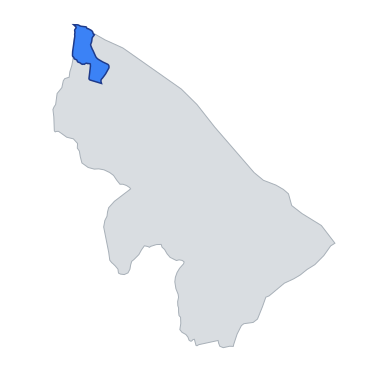 Maryland on a map of Liberia (Mercator projection), rotated 187°
{"feature_id": "LBR-781", "entity_name": "Maryland", "entity_type": "County", "adm_level": 1, "iso_a3": "LBR", "parent_name": "Liberia", "parent_adm1": "", "projection": "mercator", "projection_center": [-7.792, 4.73], "detail": "fine", "context": "in_parent", "style": "filled", "palette": "blue", "viewbox_px": 384, "rotation_deg": 187, "n_neighbors": 0, "source": "natural_earth", "source_scale": "10m", "svg_char_len": 3375}
<svg xmlns="http://www.w3.org/2000/svg" viewBox="0 0 384 384"><g transform="rotate(187 192 192)"><path d="M43.9,158.6L47.8,155.4L53.4,145.0L61.2,134.9L68.5,129.0L74.4,122.9L80.5,118.2L89.3,112.7L102.8,98.3L105.9,96.6L108.1,86.7L111.5,73.9L115.4,70.0L124.5,67.6L126.7,65.4L129.9,56.5L132.0,46.0L132.2,43.8L135.8,43.5L142.0,41.3L145.6,42.3L147.2,45.3L148.0,47.8L166.7,41.3L168.3,40.0L169.3,40.2L171.7,46.1L173.0,45.7L174.2,44.0L175.4,43.8L176.9,44.6L178.3,47.4L180.7,49.8L184.8,51.5L187.3,53.9L187.1,60.2L188.1,66.3L189.8,67.7L190.7,71.3L191.2,75.3L192.2,77.4L192.9,81.5L192.5,85.8L193.3,88.8L196.2,94.1L198.1,100.7L198.1,105.4L197.0,110.3L195.0,114.8L191.6,119.7L191.3,121.6L193.3,122.9L196.5,123.1L199.1,122.1L205.7,124.4L209.2,127.6L212.2,131.6L215.0,133.6L216.2,136.2L220.9,135.5L226.4,133.0L227.5,131.9L229.1,132.5L232.7,132.8L235.1,128.4L237.1,123.4L241.4,117.9L243.4,115.8L244.0,112.3L244.2,107.8L245.7,103.9L249.2,101.8L253.0,101.8L255.1,102.6L256.1,106.4L259.2,109.3L261.7,111.2L263.1,112.1L265.3,114.3L267.3,121.9L275.4,146.5L275.0,153.2L273.4,157.6L273.4,162.0L272.8,166.3L267.9,173.3L253.3,187.6L254.4,188.8L257.9,190.5L261.5,191.3L264.4,190.9L268.0,194.4L271.9,198.9L276.1,201.3L282.1,203.3L287.4,203.6L291.8,202.8L298.1,203.7L304.8,207.4L307.2,213.5L308.8,218.9L311.2,221.6L311.5,226.2L316.2,230.3L323.0,231.1L331.8,235.9L334.1,235.6L335.1,235.0L336.1,235.9L338.3,249.7L340.1,257.0L339.2,259.9L338.0,262.2L337.9,273.3L333.9,279.7L333.3,286.7L332.1,289.0L327.9,291.0L327.9,296.4L326.7,302.9L326.3,309.7L327.5,327.8L327.7,341.2L329.6,343.8L321.3,342.6L296.9,332.4L278.1,326.5L215.2,292.9L197.7,279.4L177.5,259.3L132.7,218.8L122.5,212.3L109.6,209.1L101.6,205.7L96.0,201.9L91.4,190.7L80.2,184.0L59.5,174.5L43.9,158.6Z" fill="#d9dde1" stroke="#a8b0b8" stroke-width="1"/><path d="M325.2,310.0L325.6,311.0L326.1,311.5L326.7,311.9L327.1,312.4L327.3,313.1L327.6,316.8L327.3,332.3L327.4,333.0L327.6,333.6L327.7,334.4L327.6,336.2L328.1,337.7L328.2,338.4L328.0,339.1L327.2,340.4L327.1,341.2L327.5,342.0L329.9,343.6L326.1,344.0L325.0,343.9L323.4,343.2L322.4,343.0L317.5,343.0L316.9,342.8L316.6,342.3L316.4,341.8L316.0,341.5L314.9,341.4L312.0,340.3L311.1,339.8L310.3,339.1L309.9,338.3L309.5,337.3L308.9,336.5L308.1,336.2L308.3,335.6L309.4,333.9L309.6,333.4L309.8,332.9L309.9,332.4L309.9,329.8L310.0,328.4L310.5,326.5L310.6,325.8L310.4,325.3L310.1,324.6L308.4,321.6L307.4,320.2L304.2,314.9L303.8,314.3L303.2,313.7L302.6,313.2L302.1,312.8L301.0,312.2L296.4,310.2L291.2,308.5L290.9,308.3L290.4,307.9L290.0,307.4L289.9,307.1L289.8,306.8L289.7,306.4L289.6,305.7L289.6,305.0L292.1,298.8L293.2,296.8L294.9,293.9L295.4,293.3L295.6,292.9L295.8,292.5L295.9,292.0L295.9,291.1L295.8,290.6L295.0,288.7L306.7,290.7L307.2,290.9L307.5,291.1L307.8,291.4L308.0,291.7L308.1,292.1L308.1,302.5L308.1,303.1L308.2,303.4L308.2,303.7L308.2,303.9L308.1,304.2L308.1,304.5L308.2,305.0L308.4,306.0L308.5,306.7L308.8,306.9L309.0,306.9L309.3,306.9L309.7,306.9L310.1,306.9L310.4,306.9L310.8,306.8L311.1,306.7L311.9,307.0L312.3,307.0L312.6,306.9L312.9,306.8L313.5,306.5L314.3,305.8L314.5,305.6L314.8,305.6L315.0,305.6L315.3,305.7L315.6,305.7L315.8,305.7L316.0,305.6L316.2,305.4L316.6,305.4L317.2,305.6L319.4,306.8L320.4,306.9L321.0,307.1L321.4,307.3L321.6,307.5L322.2,308.7L322.5,309.0L322.9,309.2L324.4,309.6L324.9,309.8L325.2,310.0L325.2,310.0Z" fill="#3b82f6" stroke="#1e3a8a" stroke-width="1.5"/></g></svg>